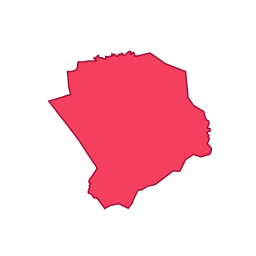 outline of San Pedro Amuzgos, Oaxaca, Mexico, rotated 305°
{"feature_id": "50627088B31860900059957", "entity_name": "San Pedro Amuzgos", "entity_type": "district", "adm_level": 2, "iso_a3": "MEX", "parent_name": "Mexico", "parent_adm1": "Oaxaca", "projection": "albers", "projection_center": [-98.077, 16.678], "detail": "fine", "context": "isolated", "style": "filled", "palette": "rose", "viewbox_px": 256, "rotation_deg": 305, "n_neighbors": 0, "source": "geoboundaries", "source_scale": "gbopen_adm2", "svg_char_len": 3757}
<svg xmlns="http://www.w3.org/2000/svg" viewBox="0 0 256 256"><g transform="rotate(305 128 128)"><path d="M155.5,210.0L155.9,209.8L156.6,209.4L158.4,208.4L158.6,208.3L158.8,208.1L158.9,207.9L159.2,207.7L159.3,207.5L159.9,205.1L160.2,204.7L160.3,202.8L160.8,201.9L162.7,201.6L164.8,201.2L165.3,200.9L166.1,200.5L166.2,200.3L165.8,199.9L165.9,199.6L166.0,199.4L166.3,199.0L166.6,198.9L166.9,198.9L167.3,198.7L167.7,198.8L167.9,198.9L168.4,198.4L168.4,198.1L168.5,197.5L168.6,196.9L168.7,196.7L168.9,196.5L168.9,196.2L168.9,195.7L169.0,195.4L169.3,195.2L169.6,195.2L170.0,195.2L171.4,196.2L172.3,196.6L172.2,196.9L172.5,197.0L172.7,196.9L172.9,196.6L173.1,196.5L173.3,196.4L173.5,196.3L174.1,195.9L174.3,195.8L174.3,195.6L174.1,195.4L174.3,195.4L173.4,193.1L173.4,192.9L173.6,192.8L173.7,192.7L176.7,192.4L177.7,191.9L177.9,191.8L177.9,191.7L178.1,191.6L178.8,191.5L179.0,191.1L179.2,190.9L179.4,190.5L179.9,189.1L179.8,188.3L179.7,187.7L179.6,187.3L179.6,187.2L179.8,186.9L180.2,186.7L180.1,186.3L184.9,180.5L184.8,178.4L184.4,174.7L184.0,168.8L187.2,160.4L187.2,160.2L187.2,159.9L197.5,151.1L207.3,142.7L205.6,136.3L203.9,129.2L202.7,124.2L202.1,121.3L202.1,116.1L202.1,112.3L202.0,103.0L199.7,100.8L197.1,98.7L194.3,96.0L191.8,93.8L191.5,93.3L190.9,92.4L192.3,90.7L192.9,89.5L193.0,89.0L193.1,88.9L193.0,88.7L192.3,88.4L191.2,88.3L190.8,88.4L190.7,88.5L190.3,88.5L189.9,87.9L190.1,87.3L190.4,86.8L190.8,86.6L191.5,86.8L191.8,86.7L191.9,86.1L191.6,85.2L189.5,84.4L188.3,84.1L187.2,84.0L185.9,83.7L184.9,82.5L185.3,82.0L185.6,81.6L185.7,80.0L185.1,80.0L183.7,79.3L183.3,79.6L183.2,78.2L182.3,78.1L181.3,78.2L181.0,78.1L180.3,77.7L180.4,75.7L180.6,75.4L180.6,74.6L180.3,74.0L179.5,74.2L178.9,74.0L179.1,73.3L179.5,72.4L177.5,73.2L176.8,72.8L176.3,71.9L174.1,70.8L174.5,70.2L173.7,68.6L172.3,70.0L172.1,70.1L171.4,69.9L170.8,67.0L170.2,65.9L169.1,64.2L169.1,63.5L170.2,62.8L170.5,62.3L169.6,61.6L167.9,61.5L167.6,61.6L167.3,61.5L167.1,61.3L167.1,61.0L166.8,60.4L165.5,60.0L165.4,60.2L165.4,61.2L165.4,61.7L165.6,62.4L165.5,62.9L164.8,63.4L164.2,63.3L163.8,62.2L162.1,60.0L161.7,59.5L161.5,59.1L161.1,58.7L160.8,57.8L159.5,56.8L158.9,56.0L159.0,55.9L158.5,55.4L157.3,54.4L155.8,52.8L155.0,51.1L154.5,50.3L154.4,50.1L154.2,50.0L153.8,49.8L153.3,49.5L152.8,49.5L152.6,49.4L151.5,50.3L150.5,50.9L147.8,52.0L146.9,52.4L146.6,52.3L145.7,52.1L144.4,51.3L143.7,50.9L143.2,50.5L141.6,49.0L140.3,47.2L139.7,46.0L138.7,46.8L130.7,53.4L127.0,56.7L125.9,57.9L122.4,61.9L121.5,61.2L119.4,59.0L117.4,57.9L114.9,55.9L106.5,49.3L104.6,47.7L103.9,49.8L101.6,57.3L99.7,63.0L98.8,66.5L95.8,76.1L93.9,81.9L92.5,86.5L92.3,87.2L91.8,89.2L91.4,89.8L90.6,92.8L87.7,100.1L87.4,100.9L84.1,108.9L82.3,113.5L80.8,117.3L78.8,122.6L77.7,125.0L77.3,126.2L75.3,125.9L72.0,126.1L66.9,126.1L64.8,126.1L63.2,126.1L62.6,126.3L62.2,126.6L61.1,127.2L61.1,127.5L61.2,127.9L60.9,128.6L61.0,128.8L60.6,129.3L60.2,129.5L59.8,129.5L59.6,129.4L58.5,129.4L57.9,130.3L57.3,130.9L57.1,130.9L56.9,130.8L56.2,130.7L55.5,131.0L55.1,131.6L54.8,131.7L54.0,131.7L52.6,132.2L51.9,133.0L52.6,134.6L52.6,136.4L52.6,137.1L52.1,137.9L51.4,139.3L51.5,141.0L52.6,141.5L52.6,142.2L52.4,144.0L52.3,144.5L50.9,148.7L48.7,155.2L54.6,158.0L58.9,162.1L60.8,164.0L61.1,166.2L61.5,168.7L62.4,174.3L63.4,174.3L69.1,174.5L70.9,173.8L75.9,172.9L77.6,172.6L79.6,172.4L83.2,171.8L85.1,174.7L90.4,176.9L91.4,177.2L95.5,181.1L97.6,182.8L103.9,184.8L105.4,185.3L107.5,186.0L108.5,186.3L110.1,186.8L118.5,189.4L120.8,192.8L121.5,193.8L122.3,195.1L123.2,195.2L125.1,194.8L127.5,194.5L131.6,193.8L135.6,193.3L138.2,194.5L142.5,196.1L143.9,196.7L146.1,204.0L148.5,206.2L150.7,207.9L151.7,208.0L152.0,208.6L152.3,209.1L153.0,209.8L153.4,210.0L154.0,209.9L154.9,209.7L155.5,210.0Z" fill="#f43f5e" stroke="#9f1239" stroke-width="1.5"/></g></svg>